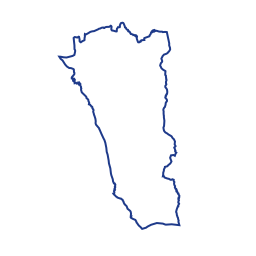 the district of Mpanda, Katavi, United Republic of Tanzania, rotated 350°
{"feature_id": "72390352B28587760392267", "entity_name": "Mpanda", "entity_type": "district", "adm_level": 2, "iso_a3": "TZA", "parent_name": "United Republic of Tanzania", "parent_adm1": "Katavi", "projection": "equal_earth", "projection_center": [30.595, -6.035], "detail": "fine", "context": "isolated", "style": "outline", "palette": "blue", "viewbox_px": 256, "rotation_deg": 350, "n_neighbors": 0, "source": "geoboundaries", "source_scale": "gbopen_adm2", "svg_char_len": 5719}
<svg xmlns="http://www.w3.org/2000/svg" viewBox="0 0 256 256"><g transform="rotate(350 128 128)"><path d="M164.0,186.9L162.8,186.2L161.8,186.5L160.8,186.3L159.5,185.2L158.0,184.6L155.4,183.1L154.8,181.4L154.0,181.5L154.6,179.9L154.9,178.2L155.9,176.3L156.2,175.0L157.3,173.6L157.6,172.7L160.1,172.5L160.4,172.3L161.0,171.7L163.5,170.3L165.0,168.5L164.3,164.7L165.6,162.4L168.1,162.5L169.3,163.5L170.6,161.2L171.3,160.7L170.4,159.3L170.4,158.8L170.8,158.3L170.6,158.0L170.6,157.7L170.5,156.6L170.1,155.4L170.3,155.1L170.8,154.9L171.7,154.1L171.1,152.2L171.9,149.5L171.3,147.1L170.4,146.0L169.8,144.8L169.6,144.0L169.1,143.4L166.6,141.3L165.6,140.1L165.1,139.8L163.9,138.7L163.0,137.0L162.9,134.8L163.0,133.6L163.7,132.6L164.0,131.7L164.9,128.0L165.1,127.1L165.2,123.5L165.5,122.2L165.4,121.7L165.6,119.7L166.0,117.7L165.9,116.9L166.1,115.7L167.2,114.2L167.9,113.8L169.0,111.7L169.5,109.9L170.3,108.9L170.7,108.7L171.0,108.3L171.2,107.4L171.1,106.6L170.0,104.6L170.7,103.5L170.5,103.2L170.9,102.5L171.2,102.5L171.3,102.1L171.7,101.9L172.0,101.2L172.3,101.2L172.7,100.3L173.0,98.9L173.1,97.0L172.7,95.8L171.9,94.4L171.9,93.7L172.1,93.0L173.1,92.0L173.4,91.5L173.2,90.9L173.2,90.1L173.6,88.6L174.1,87.9L174.3,87.3L174.0,86.3L174.3,85.7L174.2,84.7L174.4,83.0L173.9,82.2L174.2,80.6L174.7,78.9L174.7,78.4L172.7,76.7L171.5,75.2L171.2,74.6L171.0,73.5L170.7,72.8L170.5,72.1L170.6,71.8L171.6,69.9L172.9,68.9L173.3,68.1L173.2,66.9L172.9,65.6L173.3,64.9L173.9,64.3L174.3,63.5L176.1,62.0L178.5,61.6L179.9,61.1L181.0,60.1L181.6,59.8L183.1,58.1L183.3,56.4L182.9,53.8L183.3,51.8L182.9,40.3L181.2,39.8L178.9,39.6L178.4,39.1L175.5,38.5L173.0,37.2L171.1,37.2L171.0,36.7L171.3,36.3L171.0,36.0L169.4,36.2L168.8,36.6L169.7,37.2L170.3,37.1L170.3,37.6L169.7,37.6L169.4,37.4L168.4,38.0L167.3,38.0L166.4,39.7L165.4,40.5L165.0,41.4L159.7,42.3L159.5,42.6L159.4,44.2L157.6,44.0L157.0,44.1L156.4,43.9L155.7,44.5L155.7,44.9L155.5,45.1L155.0,44.8L154.4,45.4L153.7,45.6L152.9,45.3L152.7,44.7L152.2,41.9L152.2,41.1L152.8,39.3L152.1,38.7L152.1,38.3L151.2,38.2L151.1,37.8L150.7,37.8L150.7,38.1L150.2,37.5L149.9,37.3L149.3,37.4L149.1,36.9L148.0,36.2L147.1,35.9L146.7,35.0L146.8,34.5L146.7,34.3L146.1,33.2L145.5,33.2L145.0,32.8L145.1,31.9L145.0,31.3L143.9,30.8L143.4,29.7L143.3,28.9L142.5,28.4L142.5,27.3L141.9,24.5L141.6,23.8L141.0,23.4L139.5,23.4L138.8,23.9L138.3,24.9L137.8,25.4L137.6,27.0L137.3,27.3L135.6,27.0L135.2,27.6L134.4,28.2L134.0,29.4L133.8,30.6L133.6,30.9L133.3,30.9L132.4,30.6L130.5,29.6L129.2,29.2L129.0,28.9L128.7,28.2L128.8,27.4L129.4,25.5L129.2,24.7L128.8,24.3L127.1,25.1L124.1,24.7L122.9,24.9L122.1,25.4L121.7,25.4L121.0,24.7L119.4,24.7L117.9,25.2L116.7,25.2L115.8,25.6L111.4,26.7L109.5,26.6L107.6,26.8L105.1,27.8L102.7,28.6L101.9,28.0L101.6,29.0L101.4,30.6L100.8,31.9L100.5,33.7L100.3,34.0L98.3,34.5L96.4,35.4L95.9,35.0L95.4,34.0L95.7,32.5L95.6,29.7L95.2,29.5L93.8,30.1L91.5,29.2L91.2,29.2L90.1,29.9L89.6,37.3L89.0,41.1L89.4,42.1L89.4,42.7L89.2,43.5L87.9,46.7L86.0,47.4L79.7,47.9L76.9,47.2L74.0,46.1L72.7,45.8L73.7,48.2L75.3,50.1L77.1,54.5L78.5,56.8L80.5,58.7L82.2,59.1L84.1,60.2L84.8,60.9L84.5,63.7L84.8,64.4L84.5,65.6L84.2,66.0L83.4,66.6L83.0,67.1L82.2,67.6L81.4,68.4L81.2,69.5L81.4,69.6L81.8,69.3L82.3,70.0L82.7,69.8L83.0,69.9L83.1,70.1L82.8,70.5L82.8,70.9L82.2,71.3L82.1,72.0L82.3,72.2L82.8,72.0L83.5,70.8L83.7,70.6L83.8,70.8L84.0,71.3L83.2,73.2L83.2,74.5L84.0,74.2L84.6,74.4L84.9,75.1L85.2,74.9L85.9,75.1L86.4,75.6L86.8,74.5L87.6,74.6L87.5,75.2L87.7,75.4L87.4,75.4L87.4,75.6L87.5,75.6L88.0,75.1L88.2,75.5L87.6,76.4L87.6,76.7L88.1,76.5L88.6,77.0L88.4,77.8L88.9,79.4L88.7,80.2L88.9,80.8L88.7,81.0L88.4,82.4L88.7,84.9L92.0,89.5L92.4,90.4L92.3,91.3L93.6,92.9L93.8,93.4L93.7,94.5L94.2,96.3L93.6,97.9L94.8,98.5L94.9,99.0L95.6,100.0L95.7,100.5L96.2,100.7L96.5,101.2L96.4,102.5L96.6,102.7L96.7,103.3L97.1,103.7L97.1,104.7L96.6,105.6L96.6,106.7L96.8,107.7L96.8,108.9L97.1,110.3L97.5,113.3L97.4,115.7L97.1,116.7L96.9,118.0L97.1,119.2L99.5,123.3L99.6,124.5L99.8,124.8L100.8,129.1L102.1,134.0L102.7,135.8L103.1,138.7L103.2,143.8L102.9,147.8L103.3,150.7L103.3,156.7L103.1,159.5L103.6,164.6L103.3,169.9L103.4,171.6L104.1,175.9L104.0,177.8L104.5,180.1L105.2,180.2L105.3,180.4L105.4,181.1L105.6,181.2L105.7,181.7L105.0,183.2L105.2,183.3L105.2,183.8L104.8,184.0L104.9,184.6L104.1,185.6L104.3,185.8L104.1,186.1L104.4,186.5L104.1,186.8L104.1,187.1L103.5,187.3L103.2,187.7L103.4,188.9L103.3,189.5L102.9,190.1L102.2,190.1L102.5,190.9L103.1,191.5L104.4,193.5L105.1,194.0L105.4,194.6L107.7,195.9L108.8,196.3L108.9,196.6L110.2,197.7L110.2,198.5L110.8,199.5L110.8,200.7L111.1,201.4L111.1,201.9L111.6,202.5L111.8,202.9L111.8,203.1L112.9,204.4L113.3,205.8L113.5,207.4L115.8,210.1L116.1,211.1L116.1,212.9L115.3,215.8L115.7,215.8L115.5,216.1L115.6,216.5L115.4,216.4L115.4,217.0L117.1,218.4L119.3,219.8L119.7,221.1L119.9,221.3L120.0,222.6L120.8,223.8L120.9,224.5L122.1,226.5L123.0,227.5L124.4,229.8L128.5,229.3L130.1,228.5L134.0,227.3L139.9,226.6L145.7,228.2L148.0,229.6L148.8,229.8L154.3,230.4L161.7,232.6L161.4,229.5L161.4,229.0L161.8,227.9L161.6,227.0L161.6,225.0L161.2,224.0L161.2,223.0L161.0,222.5L161.1,220.3L160.8,219.0L161.8,216.7L163.0,214.6L163.4,214.3L163.4,213.9L163.8,213.3L164.0,213.4L164.1,212.8L165.2,211.5L165.2,211.2L164.7,210.6L164.6,210.0L164.7,209.5L165.6,208.0L165.2,207.5L165.4,206.0L165.6,205.6L166.1,205.9L166.4,205.3L166.5,204.6L166.8,203.9L166.8,203.5L166.2,202.1L166.3,201.4L165.8,201.2L165.8,200.8L165.6,200.5L165.7,200.0L165.3,199.6L165.3,198.9L165.1,198.9L164.9,199.2L164.7,199.0L164.6,198.2L165.0,197.6L165.1,197.1L164.9,197.0L164.8,196.3L164.3,196.2L164.2,195.7L163.8,194.8L164.3,193.4L163.9,192.7L163.7,191.6L163.8,190.2L164.3,189.3L163.9,188.5L163.8,187.5L164.0,186.9Z" fill="none" stroke="#1e3a8a" stroke-width="2"/></g></svg>